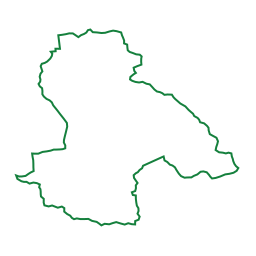 outline of Massaranduba, Santa Catarina, Brazil, rotated 271°
{"feature_id": "56859067B40963919376977", "entity_name": "Massaranduba", "entity_type": "district", "adm_level": 2, "iso_a3": "BRA", "parent_name": "Brazil", "parent_adm1": "Santa Catarina", "projection": "robinson", "projection_center": [-48.993, -26.644], "detail": "fine", "context": "isolated", "style": "outline", "palette": "green", "viewbox_px": 256, "rotation_deg": 271, "n_neighbors": 0, "source": "geoboundaries", "source_scale": "gbopen_adm2", "svg_char_len": 2932}
<svg xmlns="http://www.w3.org/2000/svg" viewBox="0 0 256 256"><g transform="rotate(271 128 128)"><path d="M89.9,239.0L91.7,236.7L94.0,235.0L96.8,233.8L98.9,233.3L101.4,232.3L104.4,231.8L105.1,228.9L104.3,226.3L105.0,223.2L105.3,219.5L107.5,216.0L110.6,216.6L113.3,217.5L116.3,218.2L119.8,216.6L121.5,213.3L123.3,209.9L127.0,208.7L129.6,208.5L131.5,207.0L134.0,204.0L135.0,200.0L137.5,199.0L139.3,197.4L141.1,194.0L143.4,192.8L144.9,190.9L147.2,188.2L150.6,185.0L153.4,179.9L155.7,177.2L157.8,174.7L159.5,173.0L162.1,171.3L162.2,167.0L161.8,163.8L163.4,161.7L164.4,159.4L165.0,156.3L167.0,153.7L169.4,151.5L172.0,149.0L172.6,145.6L174.4,141.8L173.7,138.3L174.2,134.6L175.3,131.3L176.6,129.2L179.1,129.5L181.8,132.7L183.2,134.9L185.2,133.3L188.4,132.6L190.1,136.4L191.6,140.3L194.5,140.0L197.5,140.0L199.8,140.4L201.5,138.5L201.8,134.9L203.1,131.4L204.1,128.3L205.7,126.4L208.3,126.0L211.4,125.7L212.5,122.6L215.4,122.6L218.4,121.4L220.5,120.4L223.4,119.5L224.6,115.0L225.1,111.4L224.2,107.8L222.8,103.5L222.5,99.8L223.0,95.4L223.2,91.1L225.8,88.6L225.1,86.2L222.7,84.7L221.3,82.5L220.0,79.4L218.0,76.8L220.1,73.6L221.6,71.2L221.6,67.6L220.7,64.1L220.0,60.3L219.5,56.7L206.0,58.6L206.0,54.1L203.5,54.3L202.9,49.5L201.0,51.0L198.7,50.6L196.1,49.1L193.0,46.0L191.6,43.6L190.7,40.7L188.3,39.6L185.7,40.5L183.1,41.4L180.8,39.6L177.7,38.8L175.0,39.6L172.8,39.4L170.5,37.8L168.1,39.1L166.3,41.4L163.6,41.8L160.2,41.8L158.0,43.3L155.7,46.0L154.3,49.1L152.3,51.4L149.4,52.8L147.6,54.3L145.7,55.9L143.5,57.7L141.3,59.4L139.1,61.2L136.3,63.5L132.0,66.8L128.3,67.2L124.7,66.4L121.6,65.7L119.5,65.2L117.3,64.7L114.9,64.2L112.4,64.1L109.5,65.6L106.6,65.6L105.7,63.1L105.4,60.4L105.2,57.3L105.1,54.1L104.0,51.0L103.2,47.1L102.6,43.0L100.8,38.8L100.7,35.3L100.8,32.6L97.5,33.1L94.2,33.8L90.7,34.0L87.0,34.1L83.3,34.4L81.8,31.4L80.4,29.3L78.3,26.4L77.7,22.7L77.6,19.9L78.6,17.0L75.2,18.3L72.9,22.4L72.3,25.0L72.4,27.5L70.7,30.5L71.8,34.3L71.3,37.8L70.0,40.8L67.2,40.2L65.3,41.5L63.0,41.8L60.3,41.9L58.0,42.2L55.7,45.0L51.9,45.0L49.2,45.8L48.2,50.0L49.2,53.5L48.3,55.9L47.1,59.2L48.3,63.2L46.8,65.7L43.3,65.7L40.9,68.7L39.3,71.8L37.2,73.4L35.9,75.6L36.7,78.4L36.1,82.0L36.2,86.2L36.4,90.0L34.5,93.7L33.6,98.3L31.8,101.0L30.2,103.1L31.8,106.3L31.4,110.9L32.7,114.5L33.7,117.9L32.4,122.3L31.4,126.4L32.8,129.9L31.9,133.4L31.7,136.8L35.1,136.8L36.5,140.2L39.6,141.2L42.5,139.0L45.2,140.0L48.0,139.8L50.5,138.2L53.6,137.6L57.2,137.1L60.7,137.0L61.1,134.0L63.8,133.0L65.1,136.3L68.0,137.0L70.8,136.8L73.2,138.5L75.5,136.8L78.2,134.9L80.9,134.5L82.9,136.6L84.0,138.6L86.2,140.3L88.0,142.8L90.5,143.7L100.2,164.1L96.2,165.1L94.7,167.9L92.1,170.5L91.3,173.1L89.5,175.6L86.8,177.2L83.3,179.6L80.8,181.9L79.3,185.4L79.6,188.2L79.7,192.2L81.3,194.7L82.8,198.2L85.5,201.3L85.9,204.1L85.1,207.5L82.6,209.8L80.8,211.1L79.0,212.9L79.6,216.5L81.1,221.0L83.3,226.0L84.0,230.3L85.1,234.3L87.1,237.4L89.9,239.0Z" fill="none" stroke="#15803d" stroke-width="2"/></g></svg>